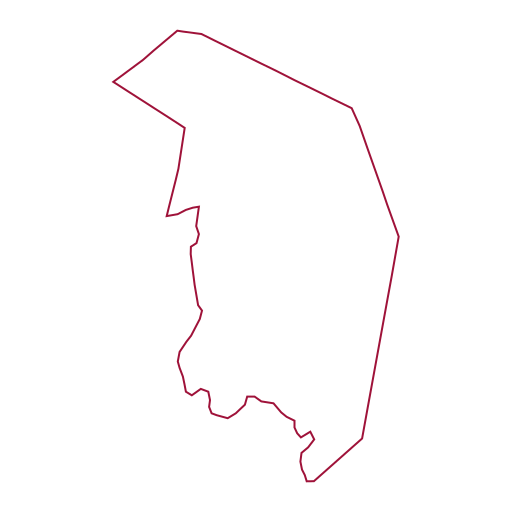 the district of Pombos, Pernambuco, Brazil
{"feature_id": "56859067B12848074206663", "entity_name": "Pombos", "entity_type": "district", "adm_level": 2, "iso_a3": "BRA", "parent_name": "Brazil", "parent_adm1": "Pernambuco", "projection": "natural_earth1", "projection_center": [-35.406, -8.189], "detail": "fine", "context": "isolated", "style": "outline", "palette": "rose", "viewbox_px": 512, "rotation_deg": 0, "n_neighbors": 0, "source": "geoboundaries", "source_scale": "gbopen_adm2", "svg_char_len": 1146}
<svg xmlns="http://www.w3.org/2000/svg" viewBox="0 0 512 512"><path d="M184.5,384.3L185.9,391.7L191.8,395.3L200.8,388.9L208.3,391.7L210.0,400.1L209.1,406.9L211.6,413.3L216.7,415.2L227.7,418.2L235.8,413.3L240.5,408.8L244.9,404.7L247.2,396.6L254.6,396.6L261.3,401.4L273.5,403.3L281.2,412.4L286.6,416.8L294.5,420.7L294.5,427.5L297.2,433.3L300.9,437.4L310.3,431.7L314.2,439.4L308.1,447.4L301.5,452.9L300.4,461.6L302.0,469.6L304.8,475.1L306.7,481.3L313.9,481.2L362.1,438.5L368.3,404.3L387.3,300.1L391.7,276.2L398.7,236.6L387.1,204.4L382.7,191.4L367.4,148.1L359.7,126.0L351.7,108.2L332.0,98.6L319.8,92.5L315.1,90.2L294.0,79.9L276.5,71.0L261.3,63.6L214.7,40.6L201.4,34.0L183.1,31.6L177.3,30.7L153.5,50.7L143.0,59.9L113.3,81.9L171.5,119.3L184.7,127.9L178.4,168.8L175.7,180.1L169.0,206.7L166.7,216.1L177.6,214.2L185.9,209.9L192.8,207.7L198.9,206.7L197.3,218.3L196.2,226.1L198.9,234.1L196.5,243.1L190.9,246.7L190.7,254.1L191.7,261.8L192.8,270.7L193.7,277.5L194.6,284.7L198.1,305.2L202.0,310.6L199.8,319.0L195.1,328.0L191.1,335.7L186.5,341.6L179.6,351.9L177.8,361.5L179.6,367.9L182.9,376.6L184.5,384.3Z" fill="none" stroke="#9f1239" stroke-width="2"/></svg>